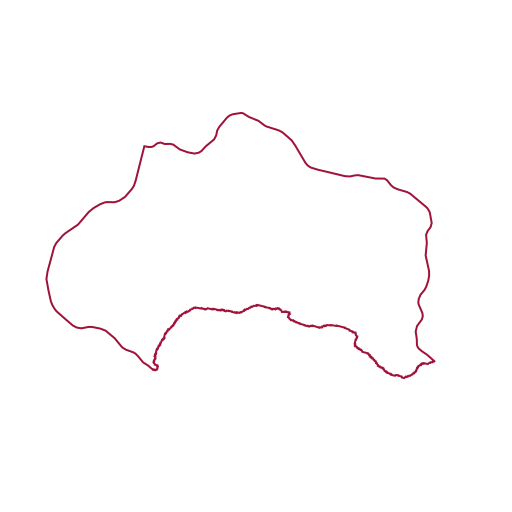 Las Charcas, Azua, Dominican Republic (orthographic projection), rotated 284°
{"feature_id": "3306468B70810914734022", "entity_name": "Las Charcas", "entity_type": "district", "adm_level": 2, "iso_a3": "DOM", "parent_name": "Dominican Republic", "parent_adm1": "Azua", "projection": "orthographic", "projection_center": [-70.568, 18.379], "detail": "fine", "context": "isolated", "style": "outline", "palette": "rose", "viewbox_px": 512, "rotation_deg": 284, "n_neighbors": 0, "source": "geoboundaries", "source_scale": "gbopen_adm2", "svg_char_len": 6134}
<svg xmlns="http://www.w3.org/2000/svg" viewBox="0 0 512 512"><g transform="rotate(284 256 256)"><path d="M121.3,182.3L121.2,183.7L120.7,183.7L120.7,185.6L121.2,185.6L121.2,186.5L122.1,187.0L122.1,187.5L124.8,187.5L124.8,187.0L125.7,187.0L125.7,186.5L126.1,186.5L126.1,184.1L126.6,184.1L127.5,182.7L128.4,182.7L128.4,182.2L129.7,182.2L129.7,182.7L132.0,182.7L132.0,183.2L132.4,183.2L132.4,182.7L134.2,182.7L134.2,181.8L136.0,181.8L136.0,182.2L136.9,182.2L136.9,182.7L137.4,182.7L137.4,182.2L141.4,182.2L141.4,182.7L142.3,182.7L142.3,183.2L145.0,183.2L145.0,183.7L145.9,183.7L145.9,184.1L146.8,184.1L146.8,184.6L147.7,184.6L147.7,184.1L148.2,184.1L148.2,184.6L151.8,185.1L151.8,185.6L152.7,185.6L152.7,186.0L153.1,186.0L153.1,186.5L154.0,186.5L154.0,187.0L154.5,187.0L154.5,186.5L158.5,186.5L158.5,187.0L159.4,187.0L159.4,187.5L161.7,187.9L161.7,188.4L163.5,188.4L163.5,189.4L164.4,189.4L164.8,190.3L166.6,190.8L166.6,191.3L167.5,191.3L168.0,192.2L168.9,192.2L168.9,192.7L170.7,192.7L170.7,193.2L172.0,193.2L172.0,193.6L173.4,193.6L173.4,194.1L174.7,194.1L174.7,194.6L175.6,194.6L175.6,195.1L176.5,195.1L177.0,196.0L178.8,196.0L178.8,196.5L179.7,196.5L179.7,197.4L180.1,197.4L180.1,197.9L181.9,198.4L182.4,199.3L183.7,200.3L183.7,201.2L184.6,201.2L184.6,202.2L185.5,202.2L185.5,203.6L186.4,204.1L186.9,205.0L187.8,205.0L189.1,206.9L189.6,206.9L190.0,207.9L190.9,208.3L190.9,209.8L191.4,209.8L191.8,215.9L192.3,215.9L191.8,219.2L192.3,219.2L192.3,220.7L193.6,221.6L193.6,226.4L194.1,226.4L194.1,227.8L194.5,227.8L194.5,231.6L194.1,231.6L194.1,232.0L194.5,232.0L194.5,234.4L195.0,234.4L195.0,235.4L195.4,235.4L195.4,236.3L195.9,236.3L195.9,236.8L195.4,236.8L195.4,237.3L195.9,237.3L195.9,238.2L195.0,238.7L195.0,240.1L195.9,240.6L195.9,243.0L196.3,243.0L196.3,246.3L195.9,246.3L195.9,249.1L196.3,249.1L196.3,250.5L195.9,250.5L195.9,251.0L196.8,251.0L196.8,253.9L197.7,254.3L197.7,255.3L198.1,255.3L199.0,256.7L199.9,257.2L199.9,257.7L200.8,257.7L200.8,258.1L201.3,258.1L201.3,259.1L202.6,260.0L202.6,261.0L204.0,261.9L204.4,262.9L204.9,262.9L205.3,263.8L205.8,263.8L205.8,264.8L207.1,265.7L207.6,268.1L208.0,268.1L208.0,268.6L208.5,268.6L208.5,269.5L208.9,269.5L208.9,277.1L208.5,277.1L208.9,281.8L208.5,281.8L208.5,284.2L208.0,284.2L208.0,284.7L208.9,285.2L208.9,287.5L209.4,287.5L209.4,288.0L209.8,288.0L209.8,288.9L210.7,289.4L210.7,290.8L210.3,290.8L210.3,291.8L209.8,291.8L209.4,293.7L208.0,294.6L208.5,297.0L208.9,297.0L208.9,298.4L209.4,298.4L209.4,298.9L208.9,298.9L209.4,301.8L208.9,301.8L208.9,302.2L207.6,302.2L207.6,302.7L206.7,302.2L206.7,301.8L204.4,301.8L204.4,302.7L203.1,303.7L202.6,305.6L202.2,305.6L202.6,307.5L202.2,307.5L202.2,308.9L201.7,308.9L201.7,311.2L201.3,311.2L201.3,314.6L200.8,314.6L200.8,319.8L200.4,319.8L200.4,323.1L200.8,323.1L200.8,324.0L200.4,324.0L200.4,324.5L200.8,324.5L201.3,326.4L201.7,326.4L201.7,327.8L202.2,327.8L201.7,334.9L202.2,334.9L202.6,337.3L203.5,337.3L203.5,337.8L204.4,338.3L204.4,339.2L204.9,339.2L204.9,340.2L205.3,340.2L205.3,341.1L206.2,341.6L206.7,345.4L207.1,345.4L207.6,351.1L208.0,351.1L208.0,359.6L207.6,359.6L207.1,364.4L206.2,364.8L206.2,367.7L205.8,367.7L205.8,368.6L205.3,368.6L205.8,371.0L204.9,371.0L204.4,371.9L203.5,371.9L202.6,373.4L202.2,373.4L202.2,373.8L201.3,373.8L201.3,373.4L199.0,373.4L199.0,372.9L195.0,372.9L195.0,373.4L193.6,373.4L193.6,373.8L192.7,373.8L192.7,374.3L192.3,374.3L192.3,375.7L191.4,376.2L191.4,377.6L190.9,377.6L190.9,378.6L190.5,378.6L190.5,380.5L190.0,380.5L190.0,381.4L188.7,382.4L188.7,388.1L188.2,388.1L188.2,389.0L187.3,389.5L187.3,390.4L186.9,390.4L186.9,390.9L186.0,390.9L186.0,391.9L185.5,391.9L185.5,392.8L185.1,392.8L185.1,393.8L184.6,393.8L184.6,394.7L183.7,395.2L183.7,396.1L182.8,396.6L182.8,397.5L182.4,397.5L181.9,398.5L181.0,398.5L181.0,399.4L180.1,399.9L179.7,400.9L178.8,400.9L178.8,402.8L178.3,402.8L178.3,404.2L177.9,404.2L177.9,405.1L178.3,405.1L178.3,405.6L177.9,405.6L177.9,406.6L177.4,406.6L177.4,407.0L177.0,407.0L176.5,408.0L175.6,408.5L175.6,409.9L175.2,409.9L175.2,410.8L174.7,410.8L174.7,411.8L174.3,411.8L174.3,415.1L173.8,415.1L173.8,416.0L173.4,416.0L173.4,419.8L174.3,420.3L174.7,422.7L174.3,422.7L174.3,426.5L173.4,426.9L173.4,429.3L174.3,429.8L174.7,430.7L175.2,430.7L175.2,431.7L176.1,432.2L176.1,433.1L177.0,433.6L177.0,434.5L178.3,435.5L178.8,436.4L179.7,436.4L180.1,437.4L180.6,437.4L180.6,437.9L181.5,437.9L181.9,438.8L183.3,438.8L183.3,439.3L186.0,439.3L186.0,439.7L187.3,439.7L187.3,440.2L188.7,440.2L189.1,441.2L190.0,441.6L190.0,442.1L190.5,442.1L190.5,442.6L191.4,442.6L191.4,443.1L191.8,443.1L191.8,444.0L192.3,444.0L192.3,445.0L192.7,445.0L192.7,448.8L194.5,450.2L194.5,451.1L195.4,451.6L195.4,452.6L196.3,453.0L196.3,454.0L197.1,454.5L201.7,445.6L203.8,439.8L205.6,436.3L206.9,434.8L208.6,433.7L214.6,432.0L221.4,429.2L227.0,429.2L234.6,432.3L237.9,432.4L240.8,431.3L248.3,425.6L250.3,424.7L253.7,424.3L258.2,425.0L263.8,427.7L267.3,428.6L273.6,429.1L278.6,428.8L283.2,427.6L297.5,420.5L310.0,418.6L317.7,415.9L321.8,416.5L326.3,418.4L330.5,418.5L340.1,414.2L341.8,412.9L343.9,410.6L345.0,408.7L353.8,390.5L354.6,387.1L355.0,377.7L355.7,373.2L357.2,370.1L361.2,364.8L362.2,362.0L360.1,353.3L359.2,335.9L358.2,332.6L355.9,327.9L355.0,323.1L354.7,295.2L355.1,287.7L356.3,284.3L358.5,281.3L372.7,267.3L376.8,262.7L382.3,252.0L383.4,247.7L384.2,234.8L384.8,232.6L387.7,225.8L389.2,215.6L391.3,209.1L391.3,207.2L387.8,198.9L385.9,196.4L383.3,194.4L372.6,189.2L368.4,188.0L363.4,188.2L358.9,187.1L350.4,180.8L344.7,177.7L342.4,175.5L340.5,171.5L340.1,164.5L341.0,156.3L344.1,148.7L344.0,145.5L342.6,140.4L343.0,135.8L341.3,132.8L337.8,130.1L336.7,128.6L335.8,125.6L335.5,121.1L299.8,121.0L294.9,120.6L291.5,119.6L281.8,114.7L276.5,109.9L274.0,105.9L272.2,98.2L271.3,96.1L268.4,92.1L263.1,86.7L258.1,83.0L243.4,75.7L232.2,65.7L229.2,63.6L220.6,59.2L216.0,58.0L190.4,57.5L183.0,58.2L172.1,63.1L162.5,67.9L159.6,69.9L156.1,73.2L154.0,76.0L148.5,86.6L144.2,95.2L143.2,99.5L143.6,104.1L146.7,110.8L147.5,114.1L147.9,122.3L147.2,128.1L142.0,138.8L135.0,148.2L133.6,152.6L132.8,160.5L132.1,162.7L130.3,165.7L125.4,172.3L123.7,177.6L121.3,182.3Z" fill="none" stroke="#9f1239" stroke-width="2"/></g></svg>